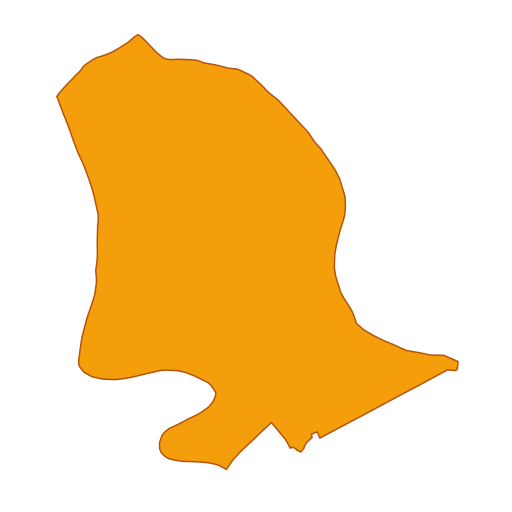 the district of Phu Tan, An Giang, Vietnam, rotated 183°
{"feature_id": "81297802B56486108937036", "entity_name": "Phu Tan", "entity_type": "district", "adm_level": 2, "iso_a3": "VNM", "parent_name": "Vietnam", "parent_adm1": "An Giang", "projection": "albers", "projection_center": [105.28, 10.655], "detail": "fine", "context": "isolated", "style": "filled", "palette": "amber", "viewbox_px": 512, "rotation_deg": 183, "n_neighbors": 0, "source": "geoboundaries", "source_scale": "gbopen_adm2", "svg_char_len": 3681}
<svg xmlns="http://www.w3.org/2000/svg" viewBox="0 0 512 512"><g transform="rotate(183 256 256)"><path d="M63.4,166.6L70.8,166.4L76.4,166.2L88.0,168.0L101.0,169.5L112.3,174.0L124.3,178.3L135.4,183.1L145.0,188.2L152.2,193.9L154.5,200.1L157.4,206.2L161.4,212.1L165.8,218.1L169.6,224.2L171.8,230.4L173.1,233.4L175.1,239.3L176.1,243.0L177.2,249.2L177.4,262.4L176.4,270.5L174.2,282.0L173.7,284.4L172.9,287.7L172.5,289.4L170.8,295.7L169.6,301.3L169.3,310.8L170.1,319.1L170.1,319.6L172.8,327.3L176.4,337.1L181.8,346.6L189.8,357.1L197.0,366.6L203.0,372.4L210.0,381.8L212.4,384.2L216.3,388.0L225.9,397.3L230.4,401.6L241.0,411.9L241.7,412.6L250.3,418.7L254.5,422.0L256.2,423.9L259.3,426.8L261.4,428.7L263.1,430.0L264.6,431.2L266.0,432.4L267.6,433.9L268.5,434.7L269.6,435.4L270.4,435.8L270.7,436.0L273.6,437.4L276.1,438.4L281.2,440.5L283.9,441.5L285.3,441.7L286.9,441.9L289.4,441.9L291.8,442.1L294.3,442.3L296.8,442.8L301.0,443.7L305.7,444.6L309.9,445.2L310.9,445.3L314.9,445.7L317.3,446.0L320.7,446.9L323.2,447.8L324.7,448.2L326.1,448.4L327.7,448.5L328.0,448.5L330.9,448.6L335.2,448.6L336.8,448.5L343.4,448.4L350.2,447.8L352.2,447.7L353.4,447.8L354.7,447.9L355.9,448.1L357.1,448.4L359.2,449.1L360.2,449.8L363.9,452.5L366.0,454.1L370.4,458.2L373.4,461.0L377.3,464.7L380.6,467.7L382.0,468.8L384.2,470.2L385.5,470.7L386.0,470.6L387.2,469.7L390.0,467.4L391.2,466.2L394.8,462.8L397.6,460.7L404.2,456.1L407.0,454.2L409.4,452.6L413.1,450.7L416.5,449.1L419.3,448.0L424.5,446.2L426.9,445.0L429.2,443.5L430.7,442.5L434.5,439.6L436.9,437.7L437.0,437.6L438.4,436.0L441.0,432.0L442.9,429.7L444.8,427.8L449.5,422.3L451.4,420.2L456.3,414.3L459.4,410.5L461.3,408.1L462.3,406.3L462.8,405.6L463.3,404.9L463.1,404.6L462.0,402.4L461.5,401.2L460.5,398.6L455.3,386.7L453.8,383.8L447.9,370.4L446.1,365.7L441.3,354.5L438.5,348.4L434.0,340.2L431.7,335.3L428.0,326.7L424.6,318.4L422.7,313.0L421.0,308.0L419.9,304.1L419.0,300.7L417.2,294.4L416.1,290.3L415.9,289.3L415.7,288.3L415.5,286.1L415.4,283.0L415.7,277.1L415.5,270.6L415.4,264.9L415.3,263.7L415.0,256.5L414.5,250.3L414.4,245.4L414.6,240.4L415.3,233.4L414.8,229.8L414.3,226.4L414.0,221.9L414.1,218.9L415.0,209.2L416.5,202.8L418.5,195.6L421.4,185.7L422.1,182.9L422.5,180.7L422.6,180.1L423.8,174.1L424.9,168.7L425.6,164.9L426.1,160.1L426.7,153.7L427.5,143.8L427.5,139.1L426.3,136.2L424.3,133.8L421.7,130.9L413.5,126.9L409.5,126.2L402.0,125.0L390.1,125.2L382.5,126.4L376.0,127.9L369.2,129.8L358.7,132.9L358.2,133.1L350.5,135.2L345.3,136.7L339.5,137.4L336.3,137.4L332.5,137.4L329.2,137.4L324.3,136.8L319.0,135.7L310.8,132.9L302.3,129.2L297.7,127.2L294.6,124.9L291.0,120.4L289.1,117.5L289.0,115.5L289.9,111.5L291.9,107.4L295.4,102.7L302.4,97.1L307.0,94.1L314.5,90.1L325.0,83.8L330.2,81.0L333.6,79.3L333.9,79.0L338.2,75.2L340.4,71.9L341.6,68.2L342.6,64.3L342.4,61.8L342.1,58.7L341.0,55.8L339.3,53.5L335.7,50.7L332.3,49.0L326.0,47.8L318.4,47.1L309.8,47.3L301.0,47.4L292.4,47.0L285.1,45.8L281.5,44.8L276.4,42.3L274.5,41.3L273.8,42.3L268.2,51.4L261.1,60.0L247.0,74.6L246.5,75.2L244.3,77.7L231.9,90.5L222.1,79.9L216.7,74.0L215.4,72.0L211.8,66.0L210.3,66.6L209.8,66.7L208.5,66.8L208.1,66.5L207.6,66.1L206.7,65.6L205.9,65.3L205.5,65.0L205.3,64.6L205.1,64.3L204.7,64.2L204.0,64.1L203.6,63.9L203.1,63.5L201.5,62.7L201.0,62.7L200.7,62.9L199.6,64.6L198.1,66.4L198.0,67.0L198.0,67.5L197.5,68.8L197.0,70.0L196.0,71.7L194.3,74.0L193.4,74.7L191.8,76.5L190.6,77.5L190.5,77.8L190.7,78.6L191.2,80.9L191.1,81.1L185.7,83.6L182.6,77.6L140.9,102.6L102.6,125.8L84.4,136.7L59.0,152.2L58.2,152.4L57.0,152.2L54.4,152.2L53.1,152.1L51.7,152.0L51.0,152.0L50.2,152.4L49.9,152.8L49.2,153.7L49.0,154.1L48.7,161.1L54.3,163.3L63.4,166.6Z" fill="#f59e0b" stroke="#b45309" stroke-width="1.5"/></g></svg>